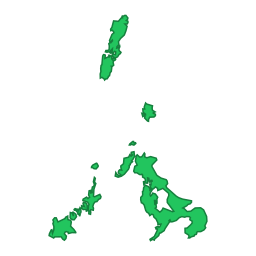 outline of Nagasaki
{"feature_id": "JPN-3500", "entity_name": "Nagasaki", "entity_type": "Prefecture", "adm_level": 1, "iso_a3": "JPN", "parent_name": "Japan", "parent_adm1": "", "projection": "albers", "projection_center": [129.432, 33.635], "detail": "fine", "context": "isolated", "style": "filled", "palette": "green", "viewbox_px": 256, "rotation_deg": 0, "n_neighbors": 0, "source": "natural_earth", "source_scale": "10m", "svg_char_len": 5898}
<svg xmlns="http://www.w3.org/2000/svg" viewBox="0 0 256 256"><path d="M191.5,200.8L191.5,202.3L190.2,203.8L188.0,204.4L186.7,205.8L182.8,208.0L184.3,208.7L187.1,211.5L190.8,211.2L195.1,208.0L200.7,207.8L203.6,209.9L206.6,216.5L206.9,221.3L204.8,226.0L205.7,227.7L204.0,229.9L200.8,231.6L197.5,231.7L196.7,232.4L196.7,233.6L196.2,234.4L194.7,234.7L194.2,236.0L191.3,236.8L189.8,237.9L188.4,237.9L189.0,236.7L188.7,235.1L185.1,232.8L185.0,228.3L187.2,228.0L190.5,225.0L192.2,223.0L192.0,221.0L190.1,220.0L189.8,219.2L190.4,217.7L189.4,216.7L186.7,216.5L184.7,217.2L181.8,216.6L179.2,217.7L176.4,220.4L172.7,221.7L170.9,221.9L169.9,219.8L169.0,220.6L169.5,221.9L165.0,228.7L164.2,230.6L160.7,233.0L159.5,233.1L158.7,235.6L154.6,239.1L154.3,240.1L152.6,239.4L150.5,240.6L150.0,239.3L154.3,236.5L157.1,230.7L157.4,229.1L157.0,228.5L156.1,229.0L155.5,227.5L158.1,226.2L158.9,227.3L159.9,226.6L161.0,224.1L157.9,224.4L157.9,222.9L156.1,219.1L153.9,217.1L153.2,214.7L151.7,214.2L149.8,215.6L148.7,213.3L146.7,212.0L145.7,210.4L144.2,205.1L142.6,203.2L141.4,202.8L140.7,199.7L140.8,197.3L142.1,196.2L142.7,194.6L142.5,191.5L143.3,190.9L143.6,187.8L145.2,185.1L148.6,186.7L149.9,188.7L149.9,190.1L151.2,189.0L152.1,190.0L150.2,193.0L150.0,194.6L150.5,196.0L151.4,195.5L152.7,193.1L155.4,194.0L157.7,197.2L156.9,199.1L157.0,203.2L156.3,204.0L155.3,200.5L154.5,200.5L154.8,204.3L156.1,205.3L156.4,207.1L155.2,208.2L159.8,212.1L161.8,210.5L163.1,208.1L172.4,211.7L173.8,211.3L167.3,202.5L167.2,199.5L168.8,195.5L168.6,193.3L162.9,188.4L157.8,190.5L157.6,188.4L155.4,186.9L153.4,188.9L152.2,189.0L150.9,188.1L149.7,184.3L151.1,184.7L150.9,181.8L152.1,181.3L152.0,180.4L151.0,180.3L149.3,182.1L148.8,178.3L147.6,177.9L147.9,180.1L147.2,183.2L145.1,182.9L143.8,184.4L143.5,181.7L145.3,181.2L145.6,180.0L144.5,178.1L142.6,177.1L142.6,175.0L141.9,174.2L141.3,174.7L139.5,174.5L137.0,172.8L134.8,172.8L133.7,171.2L134.8,166.3L137.2,165.1L135.4,161.2L136.2,155.9L137.2,154.8L139.7,157.1L141.8,156.8L144.3,153.0L144.9,153.9L144.7,156.8L146.8,157.8L150.6,156.6L156.2,158.2L156.8,160.0L152.4,164.6L151.9,165.6L152.0,166.7L156.9,175.4L161.1,178.1L166.2,179.7L167.1,181.0L167.6,183.6L165.9,185.8L166.7,187.7L176.3,196.2L178.7,197.7L182.6,199.1L191.5,200.8ZM124.9,24.0L127.1,26.3L125.9,30.9L124.3,35.0L120.5,38.5L118.5,41.6L118.9,44.6L117.0,46.6L116.7,48.1L118.1,47.7L119.7,46.0L119.8,46.8L118.9,48.9L119.2,50.7L121.0,52.3L120.3,53.7L119.1,54.4L117.5,56.9L115.4,57.7L113.7,57.2L112.0,55.1L113.4,54.1L115.5,54.8L115.7,51.8L114.6,51.3L113.0,53.2L112.0,53.2L112.4,48.8L110.5,50.8L111.0,52.5L110.4,53.1L109.1,51.8L107.0,52.2L105.4,51.8L105.9,50.5L108.0,50.4L109.1,49.7L109.3,45.8L108.8,43.7L109.6,42.8L110.8,42.8L112.5,40.8L112.3,40.1L111.0,41.5L109.9,41.8L109.5,40.6L112.0,34.4L113.9,32.8L113.8,32.1L112.3,30.2L110.8,30.7L110.6,29.2L111.9,27.4L113.6,20.9L118.4,21.3L121.1,18.1L122.5,17.8L121.9,17.0L122.3,16.0L123.6,16.1L124.7,15.4L125.9,15.4L127.9,18.0L127.5,19.4L126.3,20.5L127.9,21.2L128.0,22.3L127.3,23.9L124.9,24.0ZM73.8,229.4L75.8,232.3L75.7,232.7L72.0,232.6L68.4,233.5L68.2,232.2L66.2,231.6L65.0,232.2L64.4,233.8L66.4,236.1L65.9,238.6L64.4,240.2L62.8,239.2L61.1,236.8L54.6,236.9L53.7,238.0L49.1,235.6L49.4,233.8L51.2,230.0L51.9,229.7L52.5,233.4L53.8,229.9L53.9,226.6L52.9,223.6L53.6,221.8L52.9,220.0L54.6,217.8L56.2,217.8L58.0,221.9L65.1,218.5L65.5,217.3L67.7,216.1L67.9,219.6L70.7,220.4L71.3,222.1L70.6,226.2L73.8,229.4ZM112.6,59.9L113.0,58.3L115.3,58.5L115.7,59.1L115.3,60.0L113.8,60.7L113.1,62.1L113.7,65.2L112.4,66.3L111.3,66.3L111.8,67.3L111.3,71.4L110.1,72.8L109.5,75.8L108.4,76.3L108.2,77.3L107.0,78.9L105.9,78.8L104.6,80.0L104.2,79.0L101.9,77.3L100.3,78.1L100.2,73.9L100.9,71.5L100.7,68.7L101.1,65.4L101.9,64.7L102.7,56.0L103.5,54.6L105.0,54.8L105.3,55.5L104.9,58.4L108.2,56.9L109.4,56.9L108.8,55.3L109.8,55.3L111.8,56.9L111.7,59.0L112.6,59.9ZM93.5,196.3L94.5,196.8L99.8,194.4L101.0,196.7L100.4,198.5L98.6,199.4L96.9,201.6L95.2,201.8L93.7,203.6L92.8,206.5L93.5,208.2L93.3,210.2L90.8,209.7L90.2,211.0L90.8,212.0L90.5,214.3L88.8,213.8L88.9,211.8L88.3,209.5L88.4,206.0L89.0,204.5L87.7,202.1L82.9,200.5L83.1,199.2L86.6,197.1L87.9,198.5L89.6,197.2L88.6,195.0L89.1,190.8L90.6,190.4L90.8,193.0L92.2,192.6L92.0,189.0L92.4,187.0L93.8,186.3L94.3,184.3L93.4,181.8L94.4,177.4L95.3,178.3L94.5,182.1L95.8,183.5L93.9,189.3L93.5,196.3ZM134.0,151.7L134.6,156.4L132.8,159.6L131.5,160.9L132.5,161.7L130.3,163.6L130.3,164.7L129.2,165.5L129.3,167.1L128.5,169.2L124.4,174.1L121.4,176.2L118.1,177.2L115.2,176.1L115.8,172.5L116.8,174.1L118.9,175.7L120.3,175.5L120.8,174.6L118.9,173.5L118.3,172.4L118.7,170.9L119.7,169.8L121.7,170.1L121.0,168.3L120.8,166.0L123.5,163.7L124.0,158.3L128.6,157.2L129.8,154.7L131.1,156.2L132.5,155.0L131.1,153.8L131.3,152.3L134.0,151.7ZM153.3,113.3L155.4,114.2L155.4,115.7L154.0,117.0L149.7,117.2L148.6,119.3L148.5,121.3L147.5,121.0L144.6,118.0L145.0,116.4L144.0,115.8L142.8,116.6L141.9,113.4L145.5,114.8L145.5,114.1L143.1,112.3L142.8,108.9L144.7,109.0L144.2,107.1L145.6,103.0L146.6,104.0L152.5,105.8L152.1,108.1L152.5,110.3L155.1,111.9L153.3,112.7L153.3,113.3ZM75.8,214.2L76.5,216.7L74.2,219.8L72.8,219.8L70.5,218.4L70.1,217.4L70.3,212.5L72.0,212.9L73.5,216.2L72.6,212.4L73.0,212.1L75.8,214.2ZM87.2,205.6L87.2,210.3L86.9,211.1L86.3,211.1L86.3,210.2L85.3,209.3L83.2,209.6L81.9,208.3L81.6,205.7L84.4,206.6L83.0,203.8L83.4,202.5L85.6,203.0L86.6,203.8L87.2,205.6ZM96.9,163.4L98.2,165.8L98.1,166.6L96.1,168.9L94.0,168.7L92.5,167.6L91.5,167.6L91.6,166.6L92.8,165.1L96.3,163.2L96.9,163.4ZM80.6,208.3L81.0,211.7L80.7,212.9L79.8,213.6L80.2,214.7L79.8,215.7L79.4,215.6L79.2,214.7L77.7,213.9L78.0,213.0L77.6,212.4L75.5,210.1L74.4,210.2L74.1,209.5L75.1,208.6L76.7,209.1L78.5,210.8L78.4,209.3L79.2,209.7L80.0,207.6L80.6,208.3ZM134.0,142.9L135.5,142.7L135.8,143.5L133.9,145.1L131.4,144.3L130.5,145.0L129.3,145.0L129.7,144.0L132.7,141.5L133.6,141.5L134.0,142.9Z" fill="#22c55e" stroke="#15803d" stroke-width="1.5"/></svg>